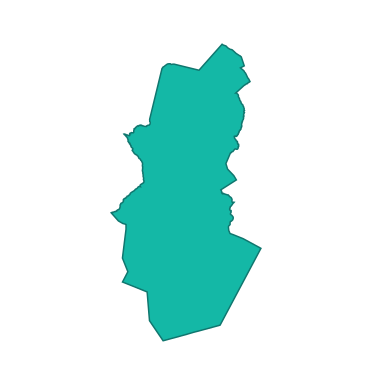 Rinconada, Jujuy, Argentina, rotated 298°
{"feature_id": "61730980B37720115941003", "entity_name": "Rinconada", "entity_type": "district", "adm_level": 2, "iso_a3": "ARG", "parent_name": "Argentina", "parent_adm1": "Jujuy", "projection": "mercator", "projection_center": [-66.377, -22.623], "detail": "fine", "context": "isolated", "style": "filled", "palette": "teal", "viewbox_px": 384, "rotation_deg": 298, "n_neighbors": 0, "source": "geoboundaries", "source_scale": "gbopen_adm2", "svg_char_len": 6125}
<svg xmlns="http://www.w3.org/2000/svg" viewBox="0 0 384 384"><g transform="rotate(298 192 192)"><path d="M174.6,279.3L174.8,259.3L173.7,248.6L173.2,245.1L175.3,242.5L178.3,240.5L179.5,240.4L180.9,240.9L181.7,240.7L182.1,240.3L183.5,239.8L183.9,239.8L184.3,239.9L184.5,240.3L185.1,240.6L185.7,240.7L186.3,241.0L187.5,240.9L188.5,240.6L189.5,239.7L189.8,238.8L190.2,237.9L190.2,237.3L190.6,236.2L191.9,236.0L192.2,235.9L192.7,236.0L193.1,235.4L193.6,235.5L193.9,235.3L194.0,235.0L194.0,234.5L193.8,234.1L193.9,233.8L194.3,233.4L194.9,233.1L195.3,233.0L195.9,233.2L196.4,232.8L196.8,232.7L197.8,233.1L198.9,233.3L199.1,233.2L199.6,233.4L201.1,233.5L201.8,233.8L202.7,234.0L202.6,233.7L202.4,233.3L201.9,233.0L201.8,232.4L201.9,232.2L202.9,231.4L204.0,231.0L205.0,230.0L205.3,229.4L205.6,228.5L205.6,227.2L205.9,226.8L206.4,225.5L206.4,225.1L206.0,224.6L206.0,223.9L205.6,222.4L205.7,221.9L205.4,221.3L205.4,221.0L205.6,220.6L205.1,220.3L205.1,219.9L204.8,219.8L204.8,219.3L205.0,219.1L205.3,219.0L205.2,218.8L205.4,218.4L205.7,218.2L206.1,218.2L206.8,217.5L207.2,217.0L207.2,216.7L207.4,216.4L223.5,225.5L226.1,221.2L228.9,212.7L233.0,208.6L244.5,207.6L245.0,208.1L245.7,208.2L246.2,208.4L246.9,209.1L249.3,209.5L249.7,209.7L250.2,209.8L250.5,210.2L250.6,211.0L250.8,211.6L251.2,212.0L252.0,212.2L252.3,212.0L253.2,211.9L253.5,211.5L254.1,211.8L254.6,211.7L255.2,211.2L255.4,210.7L255.7,210.6L255.9,210.8L256.1,210.6L255.9,209.8L256.3,209.4L256.7,209.3L256.8,208.9L257.6,208.6L257.9,208.3L258.0,208.0L257.9,207.6L257.9,207.2L258.9,205.9L259.1,205.0L259.6,204.2L259.9,204.0L260.3,203.9L260.8,203.3L261.0,203.2L261.1,203.3L261.4,203.6L261.4,204.0L261.5,204.2L261.9,204.3L262.1,204.6L262.1,205.2L262.7,205.3L263.0,205.5L263.4,205.5L263.7,205.3L264.6,205.7L264.9,205.5L265.7,205.4L266.3,205.6L266.8,205.2L267.3,205.4L268.0,205.1L268.8,205.4L269.0,205.5L269.2,205.3L269.5,205.3L270.0,205.6L270.6,205.7L271.0,205.4L271.4,205.4L272.1,205.1L272.3,205.3L272.6,205.2L273.0,205.2L273.1,204.9L273.8,204.9L274.3,204.5L274.4,204.3L275.0,204.1L275.4,203.8L276.0,203.8L276.3,203.5L277.0,203.6L277.8,203.2L278.2,203.4L278.9,203.1L279.9,203.2L280.7,203.1L281.7,202.8L282.3,202.1L282.6,202.3L283.2,202.3L283.4,202.0L283.7,202.0L283.9,201.6L284.4,201.5L285.0,201.0L286.0,201.1L286.4,200.7L286.9,200.9L287.2,200.2L287.6,199.8L288.0,199.8L288.4,200.0L288.6,200.1L289.3,199.2L290.2,198.9L290.8,198.1L291.4,197.7L291.7,197.0L292.7,196.1L293.1,195.0L293.1,194.5L293.4,193.9L294.1,193.3L294.5,192.7L294.9,192.5L295.3,191.2L295.7,191.0L296.0,190.6L297.0,189.8L297.2,189.2L297.6,188.8L297.8,188.2L298.3,188.0L299.0,187.7L299.4,187.3L299.9,186.3L299.9,185.7L300.2,185.1L300.2,184.6L300.0,184.2L310.4,187.9L312.3,189.0L313.2,189.3L313.7,190.1L315.2,190.3L315.5,190.8L316.7,191.4L318.3,189.2L318.8,188.2L318.9,187.7L321.2,184.7L322.1,183.4L322.5,182.2L323.2,181.3L323.9,178.9L323.9,178.2L324.3,176.5L327.9,178.9L334.4,172.1L334.8,170.5L334.7,170.0L335.1,165.7L335.8,163.2L336.4,160.8L336.2,159.5L336.0,159.1L335.9,158.5L336.1,155.8L336.9,153.5L336.6,151.5L336.4,151.1L336.6,149.2L302.8,141.0L296.5,116.2L295.7,114.8L294.8,113.7L295.0,112.8L295.0,112.5L294.4,111.5L293.9,110.7L293.3,110.1L291.1,109.0L289.6,108.4L288.9,107.9L288.5,107.7L287.8,107.8L287.1,107.5L236.2,120.5L235.5,121.0L234.8,121.3L234.4,121.6L234.3,122.0L233.6,122.6L232.5,123.0L231.5,123.0L231.1,122.9L230.2,121.7L229.6,121.3L229.3,121.2L229.2,121.0L228.8,121.0L228.5,121.0L227.5,118.9L227.5,118.0L227.2,117.4L227.3,116.9L227.2,115.9L226.9,116.1L226.7,115.9L226.6,115.2L226.5,114.6L226.0,114.1L225.9,114.1L225.2,113.9L225.2,113.7L224.9,113.5L225.0,113.1L224.9,113.0L224.0,112.5L223.4,112.4L222.8,112.0L222.5,111.9L222.2,112.1L221.3,111.6L220.9,111.7L220.9,111.4L220.7,111.3L220.3,111.7L220.2,111.7L220.2,111.4L219.8,111.6L219.3,111.6L217.4,112.5L217.0,112.5L216.8,112.4L216.5,112.0L216.1,110.7L215.3,110.2L215.0,109.8L214.8,109.8L214.8,110.1L214.7,110.2L214.4,109.6L214.2,109.6L213.9,109.7L213.3,110.3L212.5,110.5L212.3,110.3L212.1,109.7L212.1,108.8L212.0,108.1L211.6,107.8L211.3,107.5L211.7,107.0L211.8,106.7L211.4,104.9L211.2,104.7L210.8,105.6L211.0,106.0L211.0,106.4L210.4,107.0L210.4,107.5L210.3,107.8L210.0,108.0L209.7,109.4L209.4,109.5L209.1,109.9L208.6,110.3L208.4,110.9L206.6,111.8L206.4,112.7L206.1,112.8L205.9,114.3L205.6,114.5L205.2,114.3L204.9,115.4L204.1,116.1L204.1,116.6L203.8,116.6L203.0,117.5L202.8,118.8L202.7,119.2L202.2,119.6L200.8,119.6L200.5,119.8L200.4,120.5L199.8,121.3L199.7,121.9L199.3,122.3L198.9,123.1L198.7,124.2L198.6,124.7L198.8,125.0L198.8,125.5L198.6,126.3L198.4,126.5L198.2,127.8L197.4,128.6L197.1,128.9L196.7,129.9L196.8,130.6L196.7,131.0L195.9,132.0L195.7,133.0L195.2,133.4L194.6,134.4L194.3,134.8L193.5,135.1L193.2,135.4L192.7,135.5L191.8,135.9L191.4,136.2L191.1,136.7L190.8,136.7L190.3,137.0L189.9,137.3L189.6,137.3L188.9,137.7L188.6,137.7L188.3,137.9L187.6,138.1L187.4,138.4L187.1,138.5L186.9,138.8L186.4,139.1L186.2,139.5L185.6,139.9L185.2,139.9L184.5,140.7L184.0,140.8L183.7,141.2L182.8,141.5L182.3,142.1L181.5,142.8L180.1,143.3L179.3,144.4L178.7,144.7L178.1,144.7L177.7,144.9L177.3,144.6L176.8,144.6L175.4,143.7L175.0,143.6L174.6,143.2L174.2,143.1L173.7,143.0L173.1,143.2L172.5,144.0L172.4,143.7L172.3,143.1L171.8,142.5L170.9,142.0L170.4,142.0L169.4,141.8L168.6,141.3L168.0,140.8L166.1,140.4L162.9,138.5L162.4,138.4L162.1,138.2L161.6,138.1L160.6,138.4L160.1,138.2L159.7,137.8L158.6,137.6L158.1,136.9L157.9,136.7L157.5,136.8L157.3,136.7L157.0,136.8L156.2,136.3L155.3,136.4L154.7,135.5L153.9,135.1L153.6,135.2L153.3,135.0L152.9,135.0L152.7,135.3L152.5,135.2L152.3,135.3L151.7,135.8L150.9,135.8L149.7,135.4L149.1,134.9L148.6,134.6L148.0,134.6L147.4,134.8L146.8,134.6L145.4,135.4L143.7,135.8L142.6,135.7L141.8,135.2L141.1,134.6L140.5,134.4L140.3,134.5L140.1,134.3L139.7,134.4L139.6,134.1L139.2,134.0L139.0,133.6L138.5,133.3L138.3,132.8L137.5,132.2L136.6,131.8L136.5,131.5L136.7,131.1L135.7,130.4L131.9,140.6L131.7,145.8L132.2,147.7L132.3,149.0L128.2,151.2L101.0,161.6L91.5,172.8L79.9,172.9L82.7,199.3L58.4,214.9L47.1,236.3L47.7,237.0L64.0,254.3L69.1,259.5L71.8,262.5L87.6,279.3L174.6,279.3Z" fill="#14b8a6" stroke="#0f766e" stroke-width="1.5"/></g></svg>